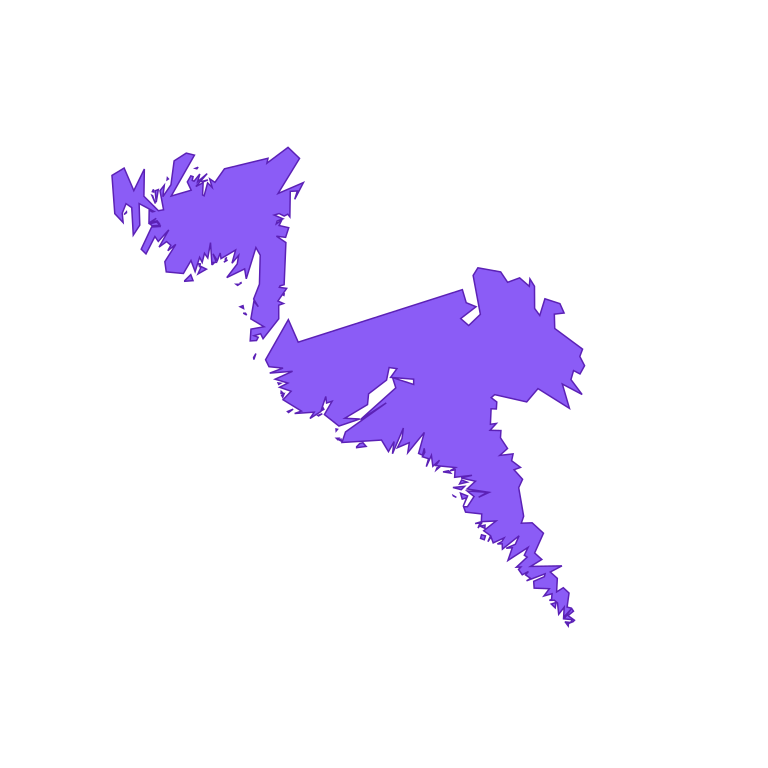 the Province of Newfoundland and Labrador, rotated 161°
{"feature_id": "CAN-686", "entity_name": "Newfoundland and Labrador", "entity_type": "Province", "adm_level": 1, "iso_a3": "CAN", "parent_name": "Canada", "parent_adm1": "", "projection": "orthographic", "projection_center": [-58.847, 53.496], "detail": "fine", "context": "isolated", "style": "filled", "palette": "violet", "viewbox_px": 768, "rotation_deg": 161, "n_neighbors": 0, "source": "natural_earth", "source_scale": "10m", "svg_char_len": 6203}
<svg xmlns="http://www.w3.org/2000/svg" viewBox="0 0 768 768"><g transform="rotate(161 384 384)"><path d="M287.5,97.5L290.4,100.2L285.3,97.8L282.5,99.8L290.2,103.3L280.2,110.3L290.1,105.0L286.3,114.3L293.8,109.4L291.2,120.5L293.4,124.1L298.1,125.6L295.7,125.8L293.4,131.0L301.8,131.5L294.3,136.6L308.5,142.1L306.7,148.7L295.1,149.6L293.5,152.1L313.3,151.5L308.7,152.5L312.3,157.4L308.5,159.7L315.4,158.6L317.2,164.9L314.2,166.4L318.5,167.7L305.0,173.7L307.1,176.4L301.0,182.6L324.3,176.8L316.0,187.4L321.9,188.9L312.0,189.7L305.7,196.5L325.8,189.3L324.3,194.4L328.9,195.8L323.8,196.6L320.5,199.4L332.5,198.2L332.6,205.8L337.5,212.8L322.6,218.0L336.8,222.1L333.9,229.3L348.6,236.3L348.7,242.0L345.1,240.8L335.5,248.3L340.2,255.8L321.7,248.0L331.4,246.1L319.8,247.3L339.6,257.7L329.2,262.3L341.6,270.0L330.5,269.0L347.6,272.8L344.7,279.7L349.9,280.5L343.5,281.7L361.6,290.0L356.3,293.9L364.6,290.3L362.4,301.1L370.9,292.1L366.2,298.9L371.4,302.7L367.7,306.1L366.9,310.1L370.8,304.2L373.9,307.1L361.6,325.1L383.9,311.3L379.2,320.3L392.1,319.4L384.7,326.6L380.0,336.1L398.7,315.3L393.2,326.3L401.8,318.6L404.6,331.8L442.8,342.4L436.0,351.2L388.0,365.4L417.9,358.0L374.1,376.5L373.8,387.2L356.1,373.9L354.4,378.9L375.6,388.1L366.8,394.3L373.8,397.9L380.3,386.9L401.8,379.7L406.3,369.9L432.2,364.4L418.3,358.8L440.3,358.9L450.3,374.5L438.7,384.6L444.5,384.7L443.1,391.2L452.7,378.5L465.2,375.5L459.2,380.1L478.1,385.2L470.9,385.3L484.6,402.0L474.2,407.4L483.8,414.9L474.6,416.2L485.4,424.0L466.3,425.8L488.5,431.5L474.3,431.9L487.1,437.8L488.1,445.5L453.5,476.0L451.5,451.5L279.2,447.7L279.8,434.1L271.8,427.1L290.2,420.9L284.9,411.7L270.2,418.5L264.4,457.6L257.4,463.3L237.2,452.0L234.0,439.9L221.2,440.2L214.8,429.1L211.8,435.8L209.9,427.4L217.0,406.4L214.4,398.1L204.1,412.2L191.5,402.7L190.6,392.5L200.2,394.6L204.5,380.9L184.9,352.3L189.9,346.3L188.4,336.0L195.4,329.7L200.4,335.0L205.8,327.3L200.1,309.6L215.4,325.9L216.6,300.6L239.9,329.5L254.9,320.6L282.8,337.9L287.1,336.2L283.2,330.3L285.9,323.8L290.8,325.7L296.5,311.3L290.6,310.1L298.8,305.7L288.6,301.9L291.4,295.2L288.2,282.8L297.8,278.8L284.7,275.9L288.3,269.9L282.1,260.7L289.0,260.6L284.0,248.8L290.4,242.1L295.0,213.5L299.5,207.7L289.1,204.5L281.8,191.0L296.6,175.2L291.9,166.7L304.8,163.8L275.0,154.1L288.0,152.1L283.4,143.8L288.5,131.2L280.8,133.0L277.1,126.1L283.5,113.5L279.7,111.0L278.8,107.5L285.4,105.1L280.8,98.6L282.6,97.7L287.5,97.5ZM583.1,632.7L573.3,669.8L559.4,672.8L557.6,648.3L540.6,665.3L549.9,639.7L540.9,621.3L535.7,620.5L532.9,639.7L527.0,643.5L532.1,633.1L520.6,641.7L509.8,663.3L495.8,666.7L488.7,662.1L524.0,631.0L503.2,630.0L504.2,639.1L498.9,643.7L497.0,642.2L499.0,638.9L497.6,637.6L489.8,642.5L494.4,635.9L482.7,640.5L497.6,632.0L489.5,633.2L494.0,621.8L492.8,620.5L485.3,631.6L482.5,625.8L482.0,634.7L478.2,629.7L464.8,639.4L420.2,635.2L422.8,630.9L397.7,639.0L390.4,624.8L422.2,598.6L394.6,600.7L408.3,587.7L403.1,594.7L409.9,596.7L418.6,572.7L419.7,575.9L423.7,575.3L427.7,579.3L432.8,579.5L425.8,573.1L432.0,572.9L433.7,570.5L427.4,572.2L431.6,568.0L423.2,562.8L429.3,554.7L437.6,558.8L430.7,549.7L446.1,510.4L450.3,510.7L451.5,509.5L444.9,506.1L457.3,497.0L452.8,492.8L457.9,492.8L462.3,479.9L483.6,466.2L484.3,471.7L491.2,472.0L487.7,469.1L490.4,466.6L496.5,468.3L491.9,479.2L478.8,477.2L488.7,488.9L480.1,504.6L477.7,498.0L479.6,506.8L469.3,518.9L459.1,546.1L460.7,554.7L480.0,528.3L478.3,538.2L498.0,535.8L483.7,545.3L479.6,552.9L488.4,547.7L480.7,559.0L497.3,555.6L496.2,561.2L501.4,554.9L503.3,562.8L502.9,553.6L506.1,554.6L505.7,553.5L507.2,552.8L507.8,553.1L502.0,574.2L509.6,560.5L511.2,566.0L516.3,558.2L517.1,563.8L526.0,551.8L526.3,563.6L537.7,553.8L553.4,560.9L551.4,571.0L535.4,583.8L545.0,580.4L540.4,584.6L543.2,589.4L552.1,586.7L537.3,599.8L551.0,592.3L552.6,598.0L566.7,584.5L569.7,590.5L552.6,608.1L544.4,605.8L544.1,608.4L545.4,612.2L552.2,612.7L545.4,614.8L553.8,612.8L549.4,624.9L547.1,622.2L545.3,622.0L556.8,634.3L563.2,613.7L572.6,606.4L565.1,632.9L569.2,638.5L575.9,630.7L578.1,621.6L583.1,632.7ZM341.4,250.9L348.8,242.8L342.9,249.5L347.5,249.7L347.2,255.9L341.4,250.9ZM421.2,330.8L430.6,332.7L430.3,333.6L426.3,335.6L423.0,335.3L421.2,330.8ZM531.1,550.3L530.9,543.9L539.0,546.0L538.8,546.6L531.1,550.3ZM551.6,609.0L553.4,611.7L546.1,611.2L544.3,607.0L551.6,609.0ZM350.0,278.1L356.8,281.7L351.3,281.0L350.0,278.1ZM345.4,258.9L352.5,263.7L341.1,261.0L345.4,258.9ZM518.6,554.5L514.5,550.4L524.1,548.6L518.6,554.5ZM335.6,214.7L339.4,218.3L334.4,217.7L335.6,214.7ZM345.1,264.9L341.9,268.0L337.3,264.1L345.1,264.9ZM295.0,116.6L297.5,121.5L292.4,121.4L295.0,116.6ZM343.3,222.4L338.0,222.2L336.9,220.7L342.0,217.2L338.5,221.3L343.3,222.4ZM337.1,201.1L333.3,205.1L333.0,204.1L337.1,201.1ZM337.5,207.4L339.9,204.1L343.0,206.6L340.9,209.7L337.5,207.4ZM540.2,630.0L537.5,641.2L534.1,641.3L540.2,630.0ZM478.1,389.8L483.5,388.1L484.2,389.4L478.1,389.8ZM492.2,501.1L494.9,503.9L491.8,504.0L492.2,501.1ZM484.0,634.3L489.3,634.0L490.6,634.9L484.0,634.3ZM357.6,287.7L362.7,285.7L361.3,287.4L357.6,287.7ZM354.9,256.0L352.5,253.2L354.9,255.7L354.9,256.0ZM498.7,451.5L495.2,454.5L499.1,449.5L498.7,451.5ZM452.0,376.0L456.3,375.1L456.8,375.8L452.0,376.0ZM481.7,407.2L484.1,404.4L484.5,406.7L481.7,407.2ZM442.9,343.8L444.9,346.0L442.6,345.9L442.9,343.8ZM491.4,493.9L494.0,496.8L491.9,496.0L491.4,493.9ZM491.6,552.1L495.7,551.3L493.1,552.5L491.6,552.1ZM449.5,382.2L449.1,379.6L451.5,379.2L449.5,382.2ZM520.3,554.4L520.0,558.0L518.6,557.4L520.3,554.4ZM541.5,637.4L541.4,629.0L542.0,637.9L541.5,637.4ZM571.7,629.8L574.6,628.9L571.5,630.6L571.7,629.8ZM491.5,555.0L493.5,552.9L493.5,553.8L491.5,555.0ZM288.6,95.2L289.6,98.4L287.8,96.9L288.6,95.2ZM482.3,408.1L484.4,408.7L483.6,410.5L482.3,408.1ZM481.5,418.3L483.7,417.9L483.8,419.5L481.5,418.3ZM538.6,643.1L539.4,640.6L540.4,641.3L538.6,643.1ZM488.4,525.4L490.3,524.9L491.3,526.4L488.4,525.4ZM448.7,502.3L449.8,500.4L450.5,501.2L448.7,502.3ZM492.2,649.3L489.7,649.4L489.1,649.6L490.9,648.4L492.2,649.3ZM442.7,356.3L444.5,355.2L444.0,357.1L442.7,356.3ZM444.3,347.4L445.8,346.4L446.7,348.2L444.3,347.4ZM521.1,648.1L522.6,647.7L521.7,649.5L521.1,648.1ZM486.2,526.1L487.8,526.1L486.2,526.4L486.2,526.1Z" fill="#8b5cf6" stroke="#5b21b6" stroke-width="1.5"/></g></svg>